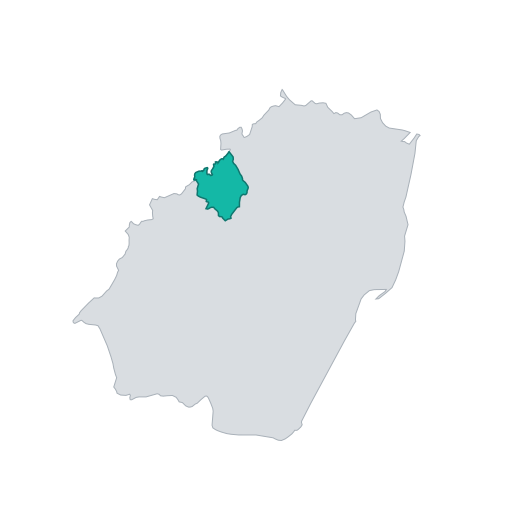 location of Opole within Poland, rotated 116°
{"feature_id": "POL-3167", "entity_name": "Opole", "entity_type": "Voivodeship", "adm_level": 1, "iso_a3": "POL", "parent_name": "Poland", "parent_adm1": "", "projection": "robinson", "projection_center": [17.773, 50.56], "detail": "fine", "context": "in_parent", "style": "filled", "palette": "teal", "viewbox_px": 512, "rotation_deg": 116, "n_neighbors": 0, "source": "natural_earth", "source_scale": "10m", "svg_char_len": 5740}
<svg xmlns="http://www.w3.org/2000/svg" viewBox="0 0 512 512"><g transform="rotate(116 256 256)"><path d="M420.6,274.7L422.6,277.9L423.5,280.5L422.8,282.4L423.1,284.4L430.8,293.0L433.8,299.2L435.6,301.7L439.8,304.8L440.3,306.1L438.7,307.3L436.3,307.8L435.6,308.9L438.3,311.8L440.3,316.7L440.2,320.8L438.9,321.8L437.2,324.2L436.1,326.4L426.4,327.9L424.2,330.3L419.0,334.8L415.4,337.4L410.2,342.1L401.9,350.3L389.9,364.3L387.9,367.5L388.4,370.1L390.7,376.3L391.3,379.1L391.0,381.6L390.3,383.9L390.4,385.0L395.9,389.2L396.1,390.1L395.6,391.3L394.5,392.1L390.4,391.2L385.8,389.4L384.3,389.7L381.8,389.2L371.5,385.8L364.6,383.1L363.9,381.4L362.6,378.9L359.6,376.8L352.9,374.9L350.1,373.5L339.3,372.7L334.6,372.7L331.2,373.3L329.1,373.2L326.2,376.9L324.2,378.0L321.3,378.1L318.7,377.5L316.0,375.5L311.7,374.5L308.7,375.0L306.4,374.5L304.5,374.4L303.8,374.8L302.2,374.8L300.0,375.7L297.5,377.0L294.8,378.1L292.7,380.2L290.9,384.5L285.5,382.6L283.8,383.4L281.3,384.0L279.6,383.4L280.0,381.9L280.7,380.3L280.6,378.0L280.1,375.4L278.5,374.6L276.0,374.3L274.7,373.8L274.6,372.9L273.3,371.8L271.1,369.1L269.0,365.7L267.6,364.7L265.5,366.3L262.4,368.1L260.4,368.8L256.7,374.1L249.9,374.3L249.5,371.8L248.7,369.4L244.7,368.8L244.6,367.4L243.8,363.9L235.8,357.1L234.8,354.2L235.1,353.1L234.6,351.3L232.8,350.2L226.5,348.9L224.9,349.6L223.5,348.8L221.2,347.2L217.2,345.9L216.8,345.2L215.4,344.0L214.6,343.9L214.1,344.6L212.9,345.6L208.8,346.8L207.2,346.3L205.7,345.2L204.0,342.9L201.6,340.8L199.6,340.1L198.4,339.0L198.2,338.2L202.6,336.5L203.6,334.8L203.0,331.6L202.4,331.2L200.6,332.3L196.9,333.2L193.4,333.6L191.7,333.6L181.9,327.9L175.5,326.1L171.7,325.6L171.3,326.2L173.0,329.4L175.9,333.4L175.8,334.5L170.3,336.8L167.9,338.2L165.9,340.1L164.2,341.0L162.7,340.8L161.1,339.8L157.1,333.9L152.0,329.4L151.4,328.4L149.8,328.2L147.5,327.1L146.8,325.8L147.9,324.3L149.5,323.0L152.3,322.2L153.1,321.4L153.6,320.3L154.6,318.8L154.4,318.2L152.4,316.5L149.6,315.0L141.5,316.1L139.3,317.0L138.1,315.9L137.2,314.3L135.1,314.0L132.4,312.5L129.1,311.0L125.9,310.6L119.2,308.5L116.6,308.4L115.2,307.7L113.6,306.1L112.3,304.3L111.7,300.8L106.8,299.2L101.9,298.2L101.6,298.7L101.7,302.3L101.4,304.2L98.2,305.4L94.9,305.5L95.1,304.9L99.1,298.5L100.9,294.5L102.9,287.1L100.7,281.3L100.1,278.6L99.0,277.3L92.4,274.5L91.9,273.5L93.0,269.6L92.5,268.0L90.9,266.3L88.9,262.9L88.1,260.1L90.9,256.7L92.8,250.8L93.9,248.4L92.1,247.1L91.7,245.3L92.3,242.6L91.4,240.6L89.0,239.3L87.5,237.6L86.9,235.5L87.5,232.1L89.4,227.6L85.6,222.1L76.2,215.8L71.7,211.3L72.2,208.7L74.2,206.4L77.9,204.4L80.7,200.7L82.4,196.3L82.6,192.4L78.6,179.7L78.0,176.5L77.4,171.6L85.6,174.3L89.1,175.8L88.7,174.1L88.0,172.6L88.5,170.5L88.3,167.2L80.8,165.6L75.9,165.0L75.3,162.7L75.9,161.3L77.2,162.1L82.1,162.5L94.2,158.1L115.0,152.4L137.3,147.1L142.4,146.5L147.6,145.4L149.6,143.4L151.5,142.1L154.5,138.6L161.2,133.1L173.0,131.2L177.4,128.6L186.6,124.9L207.5,120.9L216.3,120.0L224.8,119.9L232.5,123.1L240.6,127.0L242.1,129.4L237.7,127.9L231.3,124.4L228.9,124.2L234.4,135.0L237.4,138.9L243.5,141.7L248.5,142.7L264.1,141.0L269.6,138.7L271.2,137.6L272.6,138.1L293.0,139.3L363.9,142.2L384.3,142.6L385.5,142.3L387.5,140.5L390.1,140.8L393.1,141.9L394.6,142.7L395.2,143.7L395.6,144.8L397.2,145.0L400.2,145.8L404.4,147.8L407.6,149.6L410.7,152.3L411.8,155.3L412.0,158.7L411.9,160.9L416.9,177.7L424.4,193.0L427.2,200.4L428.4,204.3L429.4,210.0L429.8,214.1L429.8,216.3L429.4,219.4L427.4,221.3L414.2,226.5L411.8,228.2L408.0,232.3L404.5,236.5L403.7,237.9L403.5,238.9L404.3,240.3L409.2,242.5L414.1,244.3L415.7,245.7L419.3,247.4L420.7,249.0L421.4,250.4L421.5,253.5L420.0,257.9L420.8,261.1L419.3,263.3L418.0,265.8L418.0,270.0L420.6,274.7Z" fill="#d9dde1" stroke="#a8b0b8" stroke-width="1"/><path d="M174.7,326.2L174.1,325.9L174.3,325.4L177.0,320.0L179.0,318.8L181.2,318.5L182.6,316.7L183.4,314.1L186.1,310.0L189.2,306.4L190.5,303.9L192.3,302.1L193.5,301.5L194.1,300.1L194.3,298.9L194.7,297.7L196.9,293.8L197.9,293.0L199.1,292.7L200.3,292.7L201.6,292.5L202.9,291.9L204.1,291.8L205.4,292.3L205.9,293.3L206.1,294.5L208.0,295.7L210.4,295.8L214.8,294.5L219.0,292.5L219.8,293.7L220.9,294.4L229.2,296.1L231.8,296.1L232.3,295.7L232.7,295.2L233.1,295.0L234.1,296.0L235.0,297.3L237.8,299.1L236.5,302.7L236.0,303.1L235.8,303.9L236.0,304.9L236.5,305.8L236.2,307.4L233.4,308.9L232.4,310.6L231.7,313.5L230.8,315.4L231.6,317.2L232.6,318.3L233.8,319.0L235.0,320.0L235.4,321.7L230.0,321.7L228.9,321.9L228.4,322.9L228.8,323.7L228.8,324.6L227.9,324.9L227.1,325.0L226.8,326.0L227.5,331.9L227.4,334.3L227.0,335.7L223.4,337.0L221.2,338.4L216.5,339.2L214.3,342.7L214.2,343.5L213.6,343.3L213.8,344.4L214.0,344.5L214.3,344.4L214.6,344.4L214.8,344.7L214.9,345.2L214.7,345.4L213.5,345.7L212.0,345.7L211.3,345.9L210.2,346.7L208.9,347.0L207.5,346.8L205.1,344.8L204.7,344.4L204.4,343.8L204.2,343.2L203.9,342.7L203.5,342.3L203.1,342.0L203.0,341.8L203.1,341.5L203.5,341.3L203.5,341.2L203.0,341.0L201.9,340.6L201.5,340.5L201.1,340.6L200.7,340.7L200.4,340.8L199.8,340.6L198.0,338.7L197.9,338.4L198.2,337.9L198.6,337.7L200.4,337.7L201.4,337.4L203.0,336.6L203.7,336.1L204.1,335.4L203.5,334.5L203.1,334.2L203.0,333.7L203.1,333.3L203.5,332.4L203.6,332.2L203.5,331.9L202.8,331.2L202.6,331.0L202.0,330.8L201.7,331.0L201.6,331.3L201.4,331.7L200.3,332.9L199.7,333.3L198.8,333.5L195.5,333.0L193.7,333.1L192.6,334.2L192.4,334.3L192.2,334.3L191.8,334.2L191.5,333.3L190.7,332.8L189.8,332.9L189.4,333.7L188.9,333.4L188.7,332.9L188.6,332.3L188.6,331.7L188.3,331.5L188.2,331.3L188.1,331.2L188.8,330.9L188.0,330.7L186.3,330.7L185.4,330.5L184.1,329.8L183.7,329.5L183.5,329.1L183.2,328.5L183.1,328.0L183.2,327.9L182.8,327.8L181.6,328.0L181.1,328.0L180.6,327.8L179.8,327.2L179.4,327.0L175.5,326.1L174.7,326.2Z" fill="#14b8a6" stroke="#0f766e" stroke-width="1.5"/></g></svg>